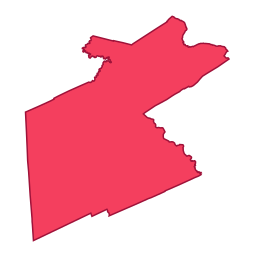 outline of Produlesti, Dâmbovita, Romania, rotated 179°
{"feature_id": "2599482B81885258271569", "entity_name": "Produlesti", "entity_type": "district", "adm_level": 2, "iso_a3": "ROU", "parent_name": "Romania", "parent_adm1": "Dâmbovita", "projection": "equal_earth", "projection_center": [25.495, 44.702], "detail": "fine", "context": "isolated", "style": "filled", "palette": "rose", "viewbox_px": 256, "rotation_deg": 179, "n_neighbors": 0, "source": "geoboundaries", "source_scale": "gbopen_adm2", "svg_char_len": 5810}
<svg xmlns="http://www.w3.org/2000/svg" viewBox="0 0 256 256"><g transform="rotate(179 128 128)"><path d="M141.1,215.2L161.3,220.7L163.9,218.9L163.9,218.6L163.4,217.9L163.4,216.3L163.6,216.0L164.9,215.8L165.2,215.0L165.4,214.8L165.3,214.5L164.7,214.0L164.7,213.5L164.8,213.3L166.0,213.2L166.5,213.3L166.8,213.1L167.1,212.6L167.4,212.4L169.0,211.8L169.1,210.9L168.9,210.6L168.6,210.0L168.9,209.3L169.2,209.2L169.6,209.5L169.9,209.4L170.4,209.2L170.8,209.3L171.2,209.3L172.2,208.7L172.3,208.2L172.2,208.0L171.0,207.9L170.4,207.3L170.4,207.1L170.7,207.1L170.7,206.9L170.9,206.9L171.0,206.5L171.8,205.8L171.8,205.4L171.6,205.0L171.0,204.7L170.8,204.8L170.5,205.6L169.9,205.8L169.8,206.0L169.7,206.1L169.2,205.8L169.4,205.5L169.4,205.1L169.1,204.7L168.6,204.4L168.4,204.0L167.8,204.4L167.5,204.4L167.1,203.7L166.9,203.7L166.7,203.3L166.4,203.1L165.9,203.5L165.4,203.4L164.7,202.9L164.2,202.6L164.4,202.0L164.6,201.9L165.0,202.0L166.1,201.4L166.0,200.3L165.8,199.9L165.8,199.2L165.6,199.0L164.7,198.6L164.4,198.7L163.7,199.7L163.3,200.1L162.9,200.1L162.8,200.4L162.5,200.5L162.0,200.5L161.5,200.2L161.0,199.7L160.3,199.8L160.2,199.2L159.8,199.0L158.6,199.4L158.3,200.1L157.5,200.8L157.3,200.8L155.7,200.1L155.1,200.2L154.5,200.2L154.3,199.7L153.8,199.4L153.4,200.1L153.0,200.3L152.6,200.2L152.1,200.3L151.6,200.0L151.4,199.3L151.6,199.1L151.4,198.5L151.1,198.3L151.1,197.8L150.9,197.8L150.1,198.1L149.8,197.5L149.6,197.3L149.2,197.3L148.4,198.1L148.4,198.4L148.3,198.7L147.8,198.7L147.7,198.9L146.9,199.0L146.7,199.2L146.4,199.3L145.8,199.3L145.6,199.1L145.7,198.6L146.2,198.3L146.6,198.4L146.8,198.2L146.9,197.9L146.7,197.5L146.8,197.2L146.7,196.9L145.5,197.0L145.0,196.8L144.7,196.5L144.7,195.8L144.8,195.6L144.7,195.5L144.3,195.3L143.7,194.5L143.6,193.9L143.9,193.7L144.2,193.6L145.1,194.0L145.4,194.9L146.6,195.5L147.0,195.5L147.6,195.3L148.1,195.6L148.4,195.5L148.6,195.3L148.9,194.6L149.7,194.8L149.9,195.2L150.1,195.3L150.7,195.1L151.2,194.5L151.3,194.1L151.6,193.9L151.9,193.3L151.7,191.9L152.6,191.2L152.9,190.7L152.7,190.1L152.7,189.8L153.0,189.6L153.6,188.3L154.1,188.1L154.5,188.1L154.9,187.7L155.5,187.6L155.8,187.2L156.0,186.6L155.9,186.4L155.7,186.3L155.2,186.6L155.0,186.1L154.8,185.6L155.0,185.3L155.6,185.5L155.9,185.1L156.1,185.2L156.4,185.0L156.5,184.8L156.3,184.0L156.7,183.6L157.8,183.2L157.9,182.9L157.7,182.5L157.3,182.3L157.1,181.5L157.3,181.4L158.6,181.3L158.9,180.9L158.8,180.5L158.5,180.1L158.8,179.7L158.8,179.4L160.2,179.4L160.4,179.3L160.5,179.2L160.3,178.4L160.3,178.0L160.1,177.7L160.4,176.6L160.8,176.0L161.4,175.4L162.7,176.0L163.3,175.0L163.8,174.6L164.2,174.6L164.5,174.2L165.4,174.2L166.3,174.6L174.7,171.1L181.5,168.2L186.9,165.9L197.1,161.2L201.5,159.0L201.6,158.9L201.4,158.2L201.6,158.1L204.8,156.5L217.7,150.9L230.2,145.7L229.6,126.5L229.1,107.1L228.9,97.0L228.1,85.9L227.0,62.5L225.5,38.9L225.5,35.8L225.3,33.6L224.5,17.1L166.7,43.5L165.6,40.3L150.5,47.1L149.9,46.0L149.8,44.6L148.6,43.3L148.4,42.9L148.2,41.4L148.4,40.5L116.4,53.8L108.8,57.1L106.3,57.9L96.4,62.1L92.1,64.0L92.0,64.5L75.9,71.2L62.0,77.3L58.3,78.7L55.8,80.1L56.6,81.1L56.4,81.4L55.5,81.8L55.8,82.3L57.4,82.1L57.6,82.4L57.6,82.8L58.2,82.9L58.4,82.4L58.6,82.3L58.8,82.8L59.3,83.3L59.5,82.9L59.7,83.0L60.0,83.7L61.0,84.7L61.5,85.7L61.7,86.2L61.5,86.8L61.9,87.0L62.4,88.2L62.2,88.5L61.9,88.5L62.0,88.9L61.2,89.5L61.5,90.4L61.9,90.3L61.9,90.5L61.3,91.1L61.0,92.1L61.5,93.1L61.2,93.4L61.9,94.1L63.2,93.9L63.6,93.6L64.3,93.7L64.3,93.9L64.1,94.1L64.6,94.3L65.0,94.0L65.4,93.8L66.1,94.9L66.2,95.5L65.2,96.6L65.0,97.3L65.1,97.9L66.1,98.8L66.7,99.0L66.9,99.3L67.4,99.5L68.4,99.3L69.5,98.8L70.0,99.0L70.7,99.9L71.9,100.9L72.6,102.4L73.3,105.2L73.1,106.0L73.4,107.3L72.8,108.4L72.8,109.3L73.4,110.3L76.6,110.6L77.1,110.0L78.9,109.7L79.6,109.2L80.4,109.7L81.3,110.7L81.7,112.1L82.9,113.1L84.2,113.5L86.4,113.3L87.2,113.5L87.5,114.2L88.8,114.9L92.3,116.7L92.7,117.4L92.9,118.9L92.8,121.0L91.5,123.1L91.2,123.2L91.1,123.5L92.3,126.0L93.2,127.5L94.1,127.7L95.1,127.5L97.6,128.0L98.9,127.7L99.9,128.2L100.5,128.8L100.2,130.4L100.4,131.1L100.8,131.8L101.6,132.2L102.4,134.1L102.4,134.7L102.1,135.6L102.9,136.4L104.3,136.5L106.1,137.5L106.8,137.4L108.7,138.2L112.4,141.8L110.8,143.1L100.4,149.8L88.9,155.7L83.5,159.2L80.7,160.9L76.7,163.0L75.7,163.5L74.7,164.5L73.6,165.3L71.3,166.5L70.9,166.2L66.5,168.6L66.0,168.0L63.9,168.3L61.8,169.4L57.8,172.7L55.3,175.6L52.6,178.5L48.0,181.3L37.2,187.6L25.8,195.2L26.2,195.8L26.6,196.3L26.9,196.4L27.8,196.2L28.7,196.3L30.7,198.4L29.5,200.1L28.6,201.8L27.7,202.8L26.9,203.1L27.7,204.3L28.3,204.7L28.8,205.3L28.9,205.6L28.9,206.1L29.3,206.5L29.5,206.8L30.0,207.1L30.1,207.4L30.4,207.6L32.4,207.9L33.5,208.3L34.3,208.6L35.6,208.5L36.4,208.5L36.8,208.2L38.3,208.3L38.9,208.5L39.5,208.9L41.0,209.4L41.6,209.5L42.1,209.4L42.7,210.0L43.6,209.9L44.9,210.7L48.3,211.1L50.5,211.2L51.3,211.5L51.7,211.3L54.1,211.3L55.2,210.9L55.5,211.0L56.4,210.5L56.9,210.4L57.6,210.1L57.8,209.9L58.4,209.7L58.8,209.4L61.0,208.5L61.2,208.2L62.2,208.5L63.1,208.1L63.9,208.1L64.4,207.8L64.7,207.8L65.0,208.2L65.4,208.0L65.6,208.0L66.2,207.8L66.7,208.2L66.7,209.1L67.1,209.2L67.9,209.0L69.1,209.5L69.3,209.8L69.4,210.4L69.6,210.5L70.5,210.3L70.8,210.6L70.8,211.9L70.8,212.2L71.1,212.3L71.5,212.2L71.6,212.3L71.5,212.6L70.9,213.3L71.5,214.0L72.0,215.0L72.0,215.3L72.3,215.9L72.4,216.6L71.9,217.3L71.8,218.8L71.5,219.9L71.1,220.4L70.4,221.6L69.8,222.4L68.9,224.3L67.9,224.8L67.3,226.0L67.8,226.7L67.8,227.4L68.4,227.9L68.3,228.5L68.5,228.7L68.9,230.4L69.4,231.6L69.4,231.9L70.3,233.0L71.9,234.0L72.6,234.2L72.9,234.6L73.9,234.5L74.4,235.1L75.0,235.3L75.2,235.7L76.8,236.4L77.8,236.5L78.7,236.9L79.8,237.6L80.1,238.2L81.9,238.9L85.2,236.1L85.9,235.4L86.9,233.7L87.2,233.9L87.8,233.0L97.0,227.4L121.7,212.0L122.9,211.0L131.7,213.4L141.0,215.6L141.1,215.2Z" fill="#f43f5e" stroke="#9f1239" stroke-width="1.5"/></g></svg>